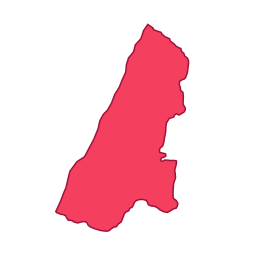 outline of Tel Aviv, Tel Aviv, Israel, rotated 8°
{"feature_id": "584046B34315111222202", "entity_name": "Tel Aviv", "entity_type": "district", "adm_level": 2, "iso_a3": "ISR", "parent_name": "Israel", "parent_adm1": "Tel Aviv", "projection": "albers", "projection_center": [34.824, 32.095], "detail": "fine", "context": "isolated", "style": "filled", "palette": "rose", "viewbox_px": 256, "rotation_deg": 8, "n_neighbors": 0, "source": "geoboundaries", "source_scale": "gbopen_adm2", "svg_char_len": 1992}
<svg xmlns="http://www.w3.org/2000/svg" viewBox="0 0 256 256"><g transform="rotate(8 128 128)"><path d="M68.1,220.7L69.0,221.7L73.8,222.8L76.1,222.8L78.6,223.7L79.9,225.7L81.6,227.6L85.6,227.5L87.1,228.4L91.0,229.1L92.9,228.4L95.5,227.2L98.6,226.7L100.8,227.7L101.9,229.6L104.2,231.1L108.2,232.2L110.0,232.5L115.0,233.3L118.2,233.3L121.6,233.1L123.9,232.0L125.9,229.6L127.9,228.1L130.4,227.2L131.5,224.6L133.2,223.1L134.4,221.8L135.3,217.9L136.2,214.0L136.9,212.5L137.4,211.6L140.2,209.9L140.9,207.4L143.3,205.6L144.0,203.7L144.8,200.6L146.4,198.6L149.2,197.3L152.2,196.7L156.1,197.1L158.0,199.4L158.8,201.2L161.8,202.0L165.3,201.9L168.1,202.8L171.0,204.6L174.7,205.9L178.8,206.1L182.0,203.7L182.5,203.3L184.4,201.7L186.8,200.7L187.7,198.5L187.9,195.8L186.0,193.2L182.9,191.5L182.3,190.4L181.4,184.4L180.9,176.8L182.0,170.5L181.0,166.3L180.1,163.0L180.9,157.1L180.6,153.9L178.0,153.7L174.9,154.3L171.7,154.3L168.7,154.7L167.1,156.0L165.5,156.2L164.6,154.4L165.8,152.7L168.5,151.5L169.4,150.3L168.7,148.3L162.9,147.8L162.2,145.5L162.6,143.4L164.9,140.9L165.5,136.4L165.5,133.9L165.8,126.5L165.4,121.9L165.4,117.6L167.5,112.9L171.6,110.8L172.7,108.2L174.1,107.1L175.9,107.9L177.1,107.9L178.8,106.4L181.2,104.5L182.1,102.6L182.1,100.5L179.9,97.7L179.1,96.0L178.5,89.3L177.4,85.0L175.7,84.1L174.8,83.0L174.1,80.4L172.6,77.5L172.6,74.6L174.9,72.7L176.8,71.7L178.0,70.2L179.1,64.8L179.0,60.5L179.0,56.2L178.6,53.1L177.1,50.5L174.2,48.9L172.9,46.3L170.3,44.7L169.3,41.9L167.3,41.5L164.0,40.2L162.1,38.4L160.7,37.6L159.4,36.9L157.7,36.0L156.8,33.9L154.8,33.2L151.8,32.5L148.8,30.4L147.2,28.6L144.0,28.1L139.7,27.1L138.6,25.3L133.1,22.7L132.9,23.4L129.9,29.3L128.4,37.7L123.7,44.6L122.9,51.8L118.8,58.5L117.6,65.7L118.0,72.9L115.5,81.3L113.7,88.8L110.2,96.6L108.3,105.2L105.3,113.0L101.6,118.1L99.1,124.9L98.5,132.9L95.6,144.3L91.9,154.4L88.9,162.6L82.1,168.5L76.5,178.9L75.7,186.5L74.9,195.7L73.5,200.7L71.4,209.9L68.7,218.9L68.1,220.7Z" fill="#f43f5e" stroke="#9f1239" stroke-width="1.5"/></g></svg>